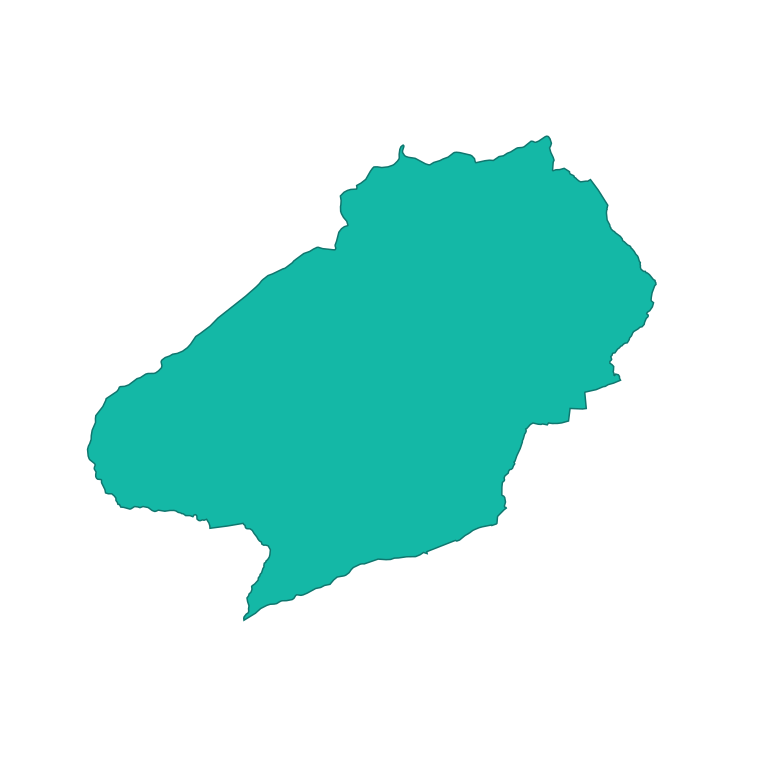 Pasca, Cundinamarca, Colombia (Robinson projection), rotated 233°
{"feature_id": "7082276B89051465067513", "entity_name": "Pasca", "entity_type": "district", "adm_level": 2, "iso_a3": "COL", "parent_name": "Colombia", "parent_adm1": "Cundinamarca", "projection": "robinson", "projection_center": [-74.281, 4.297], "detail": "fine", "context": "isolated", "style": "filled", "palette": "teal", "viewbox_px": 768, "rotation_deg": 233, "n_neighbors": 0, "source": "geoboundaries", "source_scale": "gbopen_adm2", "svg_char_len": 6159}
<svg xmlns="http://www.w3.org/2000/svg" viewBox="0 0 768 768"><g transform="rotate(233 384 384)"><path d="M487.0,101.1L485.0,99.1L483.4,98.0L481.5,97.7L480.2,98.1L478.1,100.4L477.4,100.6L475.1,99.0L467.7,97.6L464.6,96.1L462.3,97.7L460.2,100.5L457.0,101.2L454.2,101.2L452.2,99.8L450.1,99.8L448.0,99.1L446.9,100.2L444.1,99.7L442.1,101.9L437.0,105.8L436.6,106.8L436.2,111.1L433.9,113.5L432.1,114.7L431.2,117.8L427.3,121.3L422.5,122.7L420.3,124.1L419.7,125.1L419.0,127.9L414.3,132.4L411.9,136.8L409.4,140.2L407.9,141.4L405.3,142.4L403.5,144.0L402.3,144.4L401.1,145.6L398.3,146.4L395.6,149.9L393.0,151.5L393.7,153.6L393.2,154.7L392.4,155.1L391.2,155.1L388.7,153.4L386.7,153.8L385.5,154.8L384.7,157.3L383.5,158.3L382.7,160.9L378.3,160.5L375.5,159.5L373.5,158.2L364.7,173.7L357.5,187.6L356.2,187.5L354.7,187.9L353.2,187.1L352.0,187.0L351.0,187.4L348.9,189.9L346.3,190.7L342.8,190.3L338.5,190.4L335.7,190.0L333.6,190.1L331.6,190.9L329.6,190.1L327.7,190.9L326.5,192.6L324.5,194.1L320.0,193.5L316.4,190.2L314.8,188.2L313.8,185.4L313.6,183.2L312.8,182.2L312.9,180.5L311.4,178.9L310.1,178.0L309.6,176.4L306.9,172.6L306.5,170.5L305.5,169.5L304.8,167.0L303.1,165.4L302.1,160.3L302.2,157.2L301.9,156.4L299.6,155.1L298.1,153.0L297.7,151.9L297.6,150.1L296.2,148.1L295.6,145.8L292.3,144.1L288.1,142.7L286.1,140.6L283.8,139.1L283.0,137.7L283.1,135.5L282.2,132.1L281.3,131.0L279.6,130.0L278.3,143.4L278.9,150.4L277.7,157.3L276.6,160.5L274.2,164.1L273.2,166.2L272.9,169.7L272.4,171.9L269.6,175.8L267.1,180.9L267.0,183.0L268.2,186.1L268.2,187.4L265.2,190.5L264.3,192.4L263.2,196.8L261.8,206.4L259.6,211.0L258.9,215.3L256.5,220.3L257.8,225.8L258.0,230.5L254.9,236.5L254.3,238.4L254.3,242.5L255.5,246.2L255.9,249.1L254.4,256.6L253.5,258.4L252.2,260.0L247.7,273.9L242.5,279.9L239.9,283.7L238.7,287.5L236.3,291.0L232.4,298.1L227.1,305.4L225.9,310.1L225.7,314.2L222.6,316.4L224.3,317.2L224.0,318.5L216.7,344.9L216.1,346.9L215.0,347.4L214.6,348.1L213.9,350.5L214.2,357.4L213.6,362.9L213.6,366.8L213.2,368.8L212.0,373.5L210.8,376.5L206.8,384.8L206.1,384.9L204.6,389.6L204.8,390.4L209.6,394.7L210.0,395.5L211.3,404.3L211.3,407.0L212.0,407.1L213.0,406.3L214.1,406.7L216.6,410.0L220.7,412.1L222.4,412.1L223.8,411.4L224.6,411.4L230.8,416.2L234.1,419.3L234.4,421.9L235.0,422.6L236.7,423.4L237.8,425.2L238.1,429.7L239.2,430.8L240.0,432.8L239.3,434.2L239.3,435.8L240.9,438.4L241.4,440.1L241.9,440.5L243.4,440.8L243.5,442.1L246.7,446.8L250.5,454.0L254.3,459.5L255.4,460.4L256.4,462.3L259.4,466.2L259.9,467.8L260.9,469.3L262.8,470.1L262.5,471.1L263.6,476.6L263.2,479.5L259.0,483.0L257.2,485.1L256.7,486.6L253.1,489.8L253.9,491.9L251.2,494.6L248.1,498.8L246.0,502.5L243.4,509.1L252.5,517.9L244.6,527.5L242.7,530.8L256.2,539.1L256.5,539.7L251.8,550.1L250.0,557.2L248.9,559.4L248.6,562.6L246.5,568.0L244.7,575.2L246.7,575.5L248.4,576.6L250.3,576.7L252.5,575.0L252.0,573.3L252.8,573.0L253.5,573.8L256.0,574.5L256.9,575.6L259.8,578.0L262.5,577.7L264.7,576.9L266.1,578.0L266.3,579.9L266.7,580.7L269.4,581.6L269.7,583.4L270.8,584.8L270.8,585.5L269.9,587.2L271.3,591.6L271.2,593.8L271.7,595.8L271.3,597.2L271.7,598.9L271.6,600.9L270.5,603.1L271.8,606.4L273.0,608.0L273.5,610.6L275.2,613.5L275.6,615.1L275.1,619.9L275.3,622.7L274.4,624.6L275.0,627.6L276.4,629.2L278.6,633.0L278.7,634.7L279.3,636.0L280.2,636.5L281.3,636.1L282.3,636.3L282.8,637.6L282.6,640.4L284.1,644.8L286.7,648.2L289.4,647.5L290.4,647.9L292.4,649.7L295.5,653.0L299.6,659.4L299.8,661.1L301.5,662.1L302.8,662.2L303.6,662.8L305.4,662.0L311.6,661.8L314.2,661.1L315.2,660.3L316.7,660.5L317.7,659.1L321.0,658.3L323.0,659.0L324.1,660.0L325.7,660.7L326.7,661.8L328.4,661.8L332.1,663.2L333.6,663.5L336.1,663.2L339.2,663.6L342.4,663.5L344.1,663.1L344.6,663.5L346.1,663.5L348.6,662.2L353.1,661.5L354.0,661.1L354.9,660.9L356.6,661.6L359.5,661.6L365.6,659.8L366.9,659.8L368.7,659.0L371.8,658.7L372.4,659.2L373.9,659.2L375.0,660.0L380.7,660.9L386.8,664.6L388.7,666.3L389.1,667.2L390.0,667.7L392.1,670.3L409.9,671.8L423.0,671.9L423.4,668.6L424.4,667.5L427.1,662.7L429.0,661.8L431.4,661.2L433.0,661.1L434.6,660.4L435.6,660.9L436.5,660.7L439.6,659.1L441.7,659.5L442.0,659.9L447.8,657.7L449.5,653.3L451.6,650.3L452.6,647.3L453.2,647.2L459.3,652.6L460.4,654.5L463.2,655.5L468.6,656.6L472.9,658.3L473.8,660.3L475.5,662.6L479.8,664.1L482.2,664.2L483.2,663.9L484.1,662.9L484.5,661.5L484.9,653.7L485.7,650.7L486.3,649.9L488.1,649.0L489.4,647.6L489.1,638.7L489.7,636.8L492.1,633.0L492.5,631.6L493.1,624.7L494.1,621.4L494.4,616.7L496.4,612.7L496.7,605.9L499.3,602.9L501.5,599.1L505.4,590.6L506.7,590.6L509.5,591.9L513.2,591.5L514.8,590.8L523.2,583.8L525.4,581.4L526.4,579.8L526.7,578.6L526.6,571.8L528.2,566.5L528.8,563.0L531.0,557.0L531.4,552.5L532.4,551.4L534.9,549.6L545.5,544.7L550.4,539.9L552.9,538.2L554.3,537.9L557.8,538.2L559.2,539.3L561.6,542.7L562.3,543.2L563.1,543.2L563.4,542.6L563.3,540.3L561.9,537.9L558.4,534.4L555.2,532.1L554.7,531.3L553.9,528.9L553.3,524.5L553.5,522.5L555.0,517.9L558.2,512.5L561.4,509.4L563.4,506.6L563.2,504.7L562.1,501.2L558.4,492.6L558.3,486.4L559.0,481.6L557.0,480.5L556.2,479.4L559.4,474.5L560.6,471.3L561.2,467.5L560.4,462.3L556.4,460.2L553.3,457.6L551.8,456.0L548.0,453.3L545.6,452.5L541.4,451.9L536.4,452.2L532.6,450.8L532.3,450.3L533.5,447.0L533.6,443.5L532.4,439.3L526.5,431.9L524.4,428.6L523.5,428.0L521.5,427.3L520.7,426.0L520.8,425.4L521.5,424.5L529.0,416.5L532.7,413.8L533.4,412.8L534.2,408.9L534.6,404.4L536.5,398.4L536.6,386.3L536.0,383.7L536.0,374.7L536.8,372.5L539.0,361.3L540.4,356.6L540.3,350.6L540.1,348.4L539.1,344.8L538.5,340.4L537.4,326.2L536.6,291.0L534.9,280.1L534.9,267.3L535.2,262.2L532.2,253.5L531.3,248.9L531.4,242.9L532.8,237.4L535.0,233.1L535.4,229.6L536.8,225.2L536.8,222.0L536.7,220.6L535.8,219.3L532.3,217.7L530.9,216.1L530.2,211.8L530.3,208.2L531.0,206.5L534.4,201.9L535.3,199.7L535.7,193.2L536.9,190.0L536.9,179.7L538.2,175.5L540.6,171.8L540.7,170.7L539.5,168.7L538.8,166.1L539.5,153.3L538.3,151.8L535.2,145.9L532.2,134.8L530.0,132.7L526.9,130.5L522.7,123.1L518.9,119.1L516.0,116.8L513.5,113.1L512.3,110.6L510.2,107.9L504.5,104.4L501.7,103.5L500.4,103.5L495.3,104.8L493.8,104.9L493.0,104.5L491.8,102.6L490.6,101.5L487.0,101.1Z" fill="#14b8a6" stroke="#0f766e" stroke-width="1.5"/></g></svg>